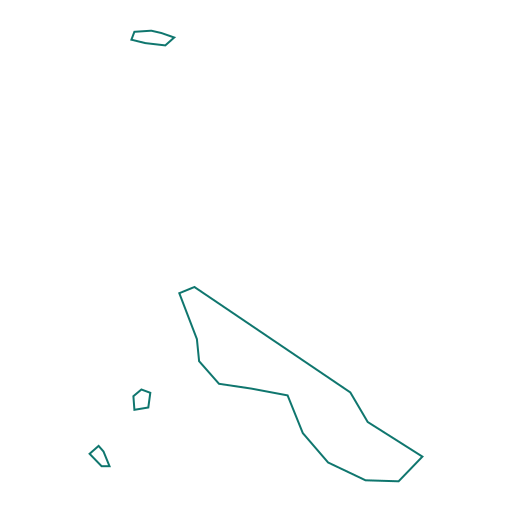 Grand'Anse Praslin, Robinson projection
{"feature_id": "SYC-5211", "entity_name": "Grand'Anse Praslin", "entity_type": "state/province", "adm_level": 1, "iso_a3": "SYC", "parent_name": "Seychelles", "parent_adm1": "", "projection": "robinson", "projection_center": [55.687, -4.284], "detail": "fine", "context": "isolated", "style": "outline", "palette": "teal", "viewbox_px": 512, "rotation_deg": 0, "n_neighbors": 0, "source": "natural_earth", "source_scale": "10m", "svg_char_len": 539}
<svg xmlns="http://www.w3.org/2000/svg" viewBox="0 0 512 512"><path d="M422.4,456.6L398.6,481.3L365.5,480.3L328.1,462.5L302.8,433.1L287.6,395.4L251.4,388.6L219.0,383.8L199.1,361.2L196.9,339.1L179.3,293.2L194.4,287.0L350.3,392.4L367.7,422.0L422.4,456.6ZM151.3,30.7L161.3,33.0L174.2,37.5L165.3,45.4L145.3,43.1L131.4,39.7L134.4,31.8L151.3,30.7ZM141.4,389.5L150.3,392.8L148.3,407.5L134.4,409.8L133.4,396.2L141.4,389.5ZM98.6,445.9L103.5,451.5L109.5,466.2L101.6,466.2L89.6,453.8L98.6,445.9Z" fill="none" stroke="#0f766e" stroke-width="2"/></svg>